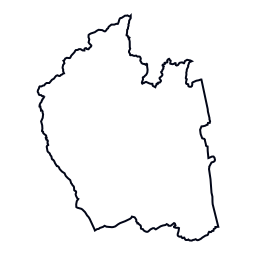 the district of Ntchisi, Ntchisi, Malawi
{"feature_id": "42251766B52093988372546", "entity_name": "Ntchisi", "entity_type": "district", "adm_level": 2, "iso_a3": "MWI", "parent_name": "Malawi", "parent_adm1": "Ntchisi", "projection": "mercator", "projection_center": [33.991, -13.273], "detail": "fine", "context": "isolated", "style": "outline", "palette": "ink", "viewbox_px": 256, "rotation_deg": 0, "n_neighbors": 0, "source": "geoboundaries", "source_scale": "gbopen_adm2", "svg_char_len": 5671}
<svg xmlns="http://www.w3.org/2000/svg" viewBox="0 0 256 256"><path d="M211.8,231.2L212.2,230.9L213.4,230.8L213.8,229.0L215.4,228.2L215.4,227.0L218.3,226.8L212.7,204.3L212.5,202.0L212.4,196.6L211.5,192.7L210.5,179.2L209.0,169.0L209.3,167.6L209.2,166.8L211.5,162.5L213.6,161.8L214.6,161.0L215.0,159.9L214.5,157.8L213.5,156.5L212.1,156.5L208.7,158.0L208.4,158.1L207.7,150.9L207.6,146.5L206.7,146.2L206.0,145.7L205.9,144.4L204.9,140.4L204.9,139.7L204.3,138.9L202.2,138.3L200.7,134.2L200.5,133.1L200.1,129.8L201.5,126.4L203.4,126.2L205.6,125.6L206.5,124.9L207.5,124.8L208.0,122.9L208.6,122.8L209.7,122.9L210.1,121.3L209.4,119.1L209.5,118.2L207.9,111.5L207.7,109.1L201.4,79.5L200.9,79.5L198.7,80.3L196.4,80.7L192.6,82.4L192.2,82.9L192.3,84.4L191.9,86.1L191.2,86.7L189.9,86.8L188.7,86.4L188.3,85.9L188.2,84.3L187.7,84.1L186.5,83.9L186.0,83.1L186.2,81.2L186.8,79.2L186.0,78.7L185.8,78.0L186.4,74.7L186.3,72.4L186.7,71.2L186.8,69.5L188.2,66.6L188.1,65.4L188.4,64.9L189.1,62.8L189.7,62.1L191.8,61.2L190.5,60.5L187.1,59.8L184.9,61.1L184.1,63.2L183.6,63.2L182.5,62.5L181.9,62.4L180.0,62.7L179.2,63.2L178.2,64.8L177.6,65.2L176.7,65.5L175.9,65.1L175.7,64.5L175.6,63.2L175.3,63.1L174.7,63.2L173.7,63.9L172.4,64.2L170.3,63.7L170.2,63.4L170.7,60.8L170.3,60.3L169.3,59.7L169.3,59.0L169.1,58.8L168.6,59.0L167.8,59.6L167.2,60.5L167.4,61.7L167.3,62.3L164.8,62.8L165.1,63.7L164.9,63.9L163.1,64.5L162.5,65.2L162.7,65.8L163.8,66.4L163.2,67.9L163.4,68.5L163.3,68.8L162.5,69.7L162.2,70.9L161.1,72.0L161.3,72.6L162.2,73.7L162.4,74.3L162.3,75.3L161.5,76.3L159.8,77.6L159.5,78.1L159.8,79.0L160.8,80.3L161.0,80.9L160.7,81.5L159.7,82.6L158.2,82.6L158.0,82.8L157.9,83.8L157.6,83.9L156.7,83.7L156.5,83.9L156.3,85.2L155.7,86.0L155.3,87.2L152.9,85.9L152.6,85.4L152.4,83.8L150.8,83.8L149.6,83.5L146.1,81.9L145.3,82.1L144.2,82.9L143.6,82.9L142.4,83.7L142.1,83.5L141.9,82.9L141.9,82.3L143.0,79.4L142.8,77.6L143.3,77.0L144.2,76.8L144.9,75.8L146.2,74.8L147.3,72.6L147.6,69.8L147.1,66.3L147.1,64.2L146.7,63.8L146.4,63.8L145.5,64.7L144.5,64.0L143.3,63.9L142.4,63.6L141.4,62.8L141.1,61.9L140.4,60.9L140.3,60.3L140.8,58.8L140.4,57.5L139.8,56.7L138.9,56.5L137.4,56.6L136.1,55.6L134.6,55.9L133.3,55.7L132.3,55.1L130.4,55.2L130.1,55.0L130.1,54.1L129.0,52.1L129.0,51.2L130.2,48.6L129.8,47.4L129.7,41.4L129.2,39.4L128.8,39.0L129.5,37.6L129.2,37.4L128.2,37.4L127.7,35.8L127.5,35.6L126.6,35.4L126.5,35.1L127.0,33.2L127.2,29.7L128.0,28.7L128.0,27.5L128.6,25.6L128.4,24.4L129.0,23.0L129.2,20.6L130.7,18.2L130.7,15.6L129.9,16.5L129.6,16.5L127.4,15.4L126.6,15.7L125.0,15.7L121.6,17.9L120.3,18.1L119.7,18.8L119.2,20.0L118.5,22.5L117.8,23.9L116.4,23.8L114.3,24.6L111.4,24.6L108.8,26.7L108.4,27.3L108.1,28.3L107.1,28.9L106.1,30.5L105.2,31.3L104.3,31.3L102.2,30.1L98.6,29.8L96.9,30.7L94.8,32.2L90.8,33.5L89.5,34.2L88.6,35.0L88.5,37.2L89.3,39.3L88.6,42.4L89.5,43.7L91.3,45.4L91.2,46.2L90.5,47.1L89.4,47.9L88.6,49.2L88.3,49.3L86.8,49.0L86.3,48.2L86.0,48.1L85.1,48.3L84.5,48.9L84.4,50.5L84.2,50.5L82.6,50.4L80.7,49.2L80.1,49.1L78.8,49.2L77.8,49.9L75.8,50.1L75.0,51.1L74.5,52.2L71.3,55.6L70.2,57.8L69.3,58.1L66.8,57.8L65.2,58.6L64.5,60.0L63.4,60.7L63.9,61.4L64.4,63.4L63.2,64.7L62.6,67.3L62.6,68.0L63.2,69.6L63.1,71.1L64.0,73.3L63.4,73.4L62.2,74.4L60.8,75.0L60.4,75.6L59.7,76.0L58.8,75.9L57.4,75.3L56.2,75.8L55.1,77.0L54.0,78.6L51.8,79.9L51.4,80.5L49.3,83.0L46.6,83.0L45.3,83.9L44.2,85.4L42.9,85.6L41.5,86.4L39.7,86.4L39.3,86.9L38.8,88.7L38.1,89.8L37.7,91.3L37.9,92.3L38.5,93.1L38.8,94.3L39.1,94.8L40.0,95.1L41.3,95.2L42.1,96.1L43.5,96.2L43.6,97.0L44.0,97.1L43.2,98.5L42.3,99.5L42.3,99.9L41.8,100.6L41.5,101.8L40.4,103.1L39.7,104.7L39.5,106.0L39.5,106.4L40.3,106.4L40.4,106.8L40.3,107.7L40.8,108.4L41.0,110.6L41.9,110.4L42.6,111.4L42.6,112.7L43.1,114.3L42.7,117.9L41.1,121.4L42.2,125.3L42.4,128.7L42.0,130.9L42.1,131.3L42.4,131.5L42.8,131.5L43.1,131.8L43.2,133.0L43.7,133.6L46.1,135.5L46.3,136.4L45.7,137.6L45.8,138.0L46.6,138.1L46.2,139.3L46.4,139.7L47.4,140.1L47.8,140.8L47.8,141.6L47.5,141.9L47.6,142.4L47.5,143.2L48.1,144.3L48.2,145.1L47.2,145.6L46.7,146.8L47.5,151.1L47.9,151.8L49.7,153.4L50.4,155.2L51.4,156.4L51.9,158.9L52.5,159.6L53.3,159.8L53.6,160.5L54.2,161.1L55.0,163.1L56.8,166.0L57.2,165.9L57.6,166.1L58.8,167.1L59.7,169.1L61.9,171.5L64.6,173.3L65.4,175.2L65.9,176.1L67.7,178.0L70.2,180.1L71.2,183.3L71.9,184.0L72.5,185.2L73.7,186.4L74.0,187.3L74.2,190.2L74.7,190.7L75.8,191.2L76.1,191.8L76.1,192.8L75.6,194.1L76.0,195.8L77.4,198.5L78.3,199.0L76.8,201.1L76.2,204.3L76.3,207.0L77.3,207.7L81.3,208.8L82.4,209.5L85.1,212.2L87.2,215.6L88.4,216.8L89.6,218.7L94.3,228.9L94.9,230.5L97.1,229.1L98.7,228.9L99.7,228.0L103.0,226.9L104.6,225.8L106.5,226.7L112.0,227.2L113.4,227.0L115.3,226.4L118.1,224.3L120.1,223.1L125.1,221.2L130.1,218.8L131.4,217.7L131.9,216.6L134.3,217.2L134.8,217.5L136.2,219.6L136.3,220.2L136.2,221.4L137.0,222.3L137.4,223.4L138.2,223.2L138.6,223.9L140.6,225.5L140.9,226.3L140.9,228.2L141.1,228.7L143.1,229.3L143.5,230.2L143.8,230.5L145.3,231.4L146.5,231.8L147.5,231.8L148.3,231.4L150.5,229.4L152.9,228.2L154.1,228.2L155.5,229.3L155.9,229.3L160.6,226.3L162.9,225.5L165.5,225.0L166.7,224.1L168.0,224.8L168.5,225.7L170.5,225.8L171.1,225.5L174.0,223.1L174.3,223.2L174.9,223.6L175.5,225.4L174.0,226.6L174.1,227.2L175.9,227.8L178.4,227.8L179.0,228.1L178.6,231.0L177.7,234.1L177.7,235.0L177.8,235.6L178.6,236.3L179.5,236.7L181.3,236.5L181.7,237.6L182.5,238.1L184.0,237.6L184.3,237.6L184.6,238.5L185.5,239.8L186.0,240.0L187.9,239.9L188.4,239.5L189.5,240.4L191.8,240.6L193.2,239.9L194.2,239.8L195.7,239.2L197.0,240.1L197.6,240.2L198.6,240.0L200.9,238.8L202.3,237.6L205.5,235.6L207.4,235.1L207.9,234.7L208.7,232.4L209.1,231.8L210.8,232.1L211.1,232.0L211.8,231.2Z" fill="none" stroke="#020617" stroke-width="2"/></svg>